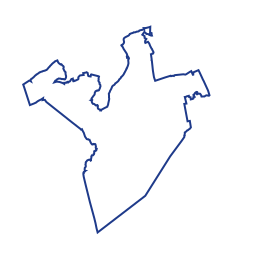 Sarichioi, Romania (Robinson projection), rotated 73°
{"feature_id": "2599482B95501245922169", "entity_name": "Sarichioi", "entity_type": "district", "adm_level": 2, "iso_a3": "ROU", "parent_name": "Romania", "parent_adm1": "", "projection": "robinson", "projection_center": [28.799, 44.916], "detail": "fine", "context": "isolated", "style": "outline", "palette": "blue", "viewbox_px": 256, "rotation_deg": 73, "n_neighbors": 0, "source": "geoboundaries", "source_scale": "gbopen_adm2", "svg_char_len": 5579}
<svg xmlns="http://www.w3.org/2000/svg" viewBox="0 0 256 256"><g transform="rotate(73 128 128)"><path d="M197.9,131.3L167.4,95.9L156.1,80.6L153.1,76.8L152.7,76.6L151.9,76.5L151.6,75.9L151.0,75.9L149.8,75.2L148.9,75.0L148.6,74.2L148.4,73.4L147.6,72.1L147.6,71.3L147.2,70.5L146.8,69.1L145.8,67.7L139.3,66.8L139.0,69.1L121.4,67.1L121.7,65.0L115.0,64.6L115.2,63.7L114.9,62.9L115.0,60.4L116.3,60.5L116.9,59.2L119.0,59.6L119.1,58.3L119.1,57.5L118.9,56.8L117.7,56.6L117.7,55.2L116.2,55.5L115.5,55.8L115.4,55.7L115.4,55.2L114.0,53.5L113.6,52.4L113.6,51.7L113.9,51.3L114.1,51.3L115.7,51.8L115.8,52.5L116.2,52.9L116.0,52.4L115.7,50.6L116.3,49.1L116.6,48.9L117.1,48.9L117.9,48.5L119.4,48.5L120.2,45.6L119.8,44.5L119.7,43.6L119.8,43.0L120.3,42.2L120.8,41.2L120.5,40.5L115.6,40.5L105.1,41.9L103.2,42.3L102.8,42.3L95.6,43.3L93.3,43.7L93.9,49.4L95.0,49.6L96.8,50.3L92.1,50.9L92.5,52.7L93.6,56.6L93.7,57.5L92.8,59.4L91.2,67.5L91.2,68.2L91.7,68.9L91.2,69.6L91.0,71.7L90.5,71.9L90.5,77.5L90.8,88.2L87.0,88.3L85.4,88.1L80.4,87.4L71.1,85.6L70.5,85.5L69.9,85.7L69.4,85.3L64.2,84.5L64.3,83.6L63.9,83.0L64.1,82.2L63.2,81.5L62.3,81.5L60.7,81.9L59.6,81.9L59.2,82.2L56.0,82.8L53.3,83.0L51.4,83.7L51.7,86.5L51.1,86.6L50.4,86.4L49.2,85.8L48.6,84.8L48.2,84.4L46.7,85.8L45.0,85.3L43.0,87.0L41.1,84.5L41.4,84.6L41.5,84.5L41.7,83.8L41.9,83.6L42.9,83.0L43.4,82.9L43.6,82.6L43.5,82.4L44.6,80.4L45.1,80.5L46.4,78.8L46.6,78.1L45.0,78.1L44.2,77.7L43.8,78.1L43.5,79.1L37.7,77.1L37.8,78.3L37.6,81.7L37.0,83.9L38.4,83.9L38.3,85.9L38.2,86.0L38.1,88.6L38.6,89.3L38.7,90.2L38.4,91.3L38.6,93.2L38.2,94.4L38.2,94.7L38.4,94.9L38.5,96.3L38.4,97.3L38.7,98.5L38.6,98.8L39.4,99.7L39.8,100.5L40.4,104.0L40.9,105.4L41.2,105.8L41.7,106.1L42.4,106.4L44.6,106.6L45.5,107.1L46.0,107.8L46.6,108.4L46.8,110.0L47.1,110.2L49.2,109.3L51.0,109.1L55.7,107.7L57.2,107.4L58.3,107.5L59.1,108.2L60.6,108.4L60.7,108.0L60.2,107.0L61.5,106.7L61.8,106.8L62.4,107.3L62.5,107.4L62.4,107.6L62.9,107.9L66.2,108.6L67.8,109.5L69.3,110.6L70.3,111.6L70.7,111.7L70.7,112.0L72.3,113.3L73.4,114.5L74.1,115.0L74.4,115.6L75.2,116.2L76.0,117.2L77.0,118.9L77.2,119.6L77.6,119.8L77.7,120.0L78.4,120.8L78.6,121.3L79.0,122.3L79.5,122.6L80.4,123.8L81.4,126.2L81.6,127.1L82.2,127.7L82.7,128.4L83.1,130.0L83.6,130.9L85.7,132.6L87.2,134.2L88.3,135.0L89.6,136.3L91.6,136.7L93.4,137.3L94.5,137.4L95.4,137.8L99.1,139.9L99.9,140.2L100.6,140.9L101.6,141.6L102.1,144.8L102.8,148.1L103.4,148.6L103.1,149.1L103.1,149.4L102.9,149.4L103.0,149.2L102.4,149.0L102.2,149.7L100.7,151.0L99.8,151.0L98.0,150.3L97.1,150.6L97.0,151.4L97.2,151.7L97.0,152.2L95.3,153.2L94.8,153.9L94.7,154.4L94.5,154.5L93.8,154.8L92.9,155.0L91.3,154.7L90.8,155.2L90.8,154.6L90.3,154.8L90.2,155.0L90.2,154.7L89.7,154.6L89.6,154.8L89.7,154.3L89.4,154.4L89.1,154.2L88.0,152.7L87.3,151.8L86.4,150.4L85.9,150.0L84.3,149.3L83.9,148.7L83.4,148.3L83.3,147.8L83.1,146.6L83.3,146.5L83.2,146.2L83.5,145.3L83.4,144.8L81.9,143.4L80.0,142.1L78.6,141.9L77.5,142.4L76.3,141.9L75.1,142.4L74.4,142.5L73.9,142.4L73.4,142.0L71.8,141.6L70.3,140.7L69.8,141.2L66.0,147.5L66.1,147.8L67.8,148.7L66.9,150.5L66.5,150.8L63.5,150.5L62.6,151.3L62.7,151.6L62.4,154.8L64.3,154.9L63.7,158.5L64.3,159.7L65.0,160.7L66.4,161.0L66.6,161.1L66.9,161.6L67.2,163.9L67.3,164.1L67.4,166.2L67.3,166.6L66.8,166.7L65.9,166.2L65.5,166.5L64.7,166.4L64.8,166.8L64.6,167.7L66.4,169.9L66.6,171.1L66.8,171.6L66.6,171.6L66.4,172.2L66.2,172.2L66.2,172.7L66.7,173.3L66.7,173.7L66.4,174.0L66.5,175.1L66.4,175.1L66.2,175.7L67.2,176.1L66.0,177.2L64.0,179.9L62.9,182.4L62.8,183.3L62.8,185.1L61.6,183.8L61.7,183.5L61.6,183.1L60.9,182.2L60.4,179.7L61.0,178.5L61.1,178.0L61.8,177.2L61.9,176.5L62.2,176.0L62.4,175.2L62.9,174.8L63.0,174.5L63.0,173.9L61.8,172.7L61.1,172.3L60.1,172.0L58.7,172.0L57.1,171.7L56.5,171.4L56.0,171.5L55.4,172.0L52.3,172.5L51.3,171.8L50.4,171.6L49.7,171.9L49.0,172.5L48.0,172.8L47.5,173.1L47.4,173.3L47.7,173.7L47.6,173.9L45.8,175.2L44.7,175.6L42.7,175.8L42.9,178.3L43.4,179.0L43.6,179.9L44.6,182.1L45.1,182.8L45.8,184.3L46.3,184.8L46.9,186.1L47.7,187.2L48.7,188.9L48.7,190.3L48.9,190.8L48.8,191.2L48.7,192.7L48.9,193.3L48.8,194.4L49.0,195.6L48.9,196.3L49.5,197.6L50.1,200.0L50.3,200.1L50.6,201.2L52.0,203.7L52.1,204.2L52.4,204.7L52.8,205.7L52.7,206.0L53.3,206.9L53.6,207.3L55.0,207.2L54.0,208.1L53.8,208.6L55.8,215.5L58.5,215.4L77.4,215.1L77.1,210.9L76.8,208.5L76.7,208.4L76.0,206.5L75.6,204.7L75.3,202.6L74.7,200.6L76.3,201.4L76.3,201.1L76.8,199.3L79.2,198.5L106.5,179.7L114.9,173.8L115.9,173.3L115.7,172.4L118.5,172.0L119.3,171.7L123.7,171.6L126.5,170.7L126.8,170.3L127.2,169.6L127.2,169.2L128.2,168.5L128.2,168.2L131.2,167.9L132.5,167.5L133.2,167.1L133.1,166.8L133.4,166.4L133.2,165.9L133.4,165.7L133.3,165.2L133.6,164.7L133.7,164.2L134.2,163.9L135.3,164.1L136.1,164.0L137.3,164.6L138.4,164.6L138.7,164.0L139.4,164.4L139.5,164.8L139.9,164.8L140.1,164.9L140.1,165.2L140.3,165.5L140.2,165.9L140.4,166.0L140.3,167.0L141.0,167.4L141.9,167.5L142.8,168.0L143.1,168.2L143.0,168.6L143.7,169.1L143.9,169.4L143.9,169.7L143.6,170.6L144.2,171.1L144.7,171.5L145.2,171.5L145.3,171.6L146.0,171.9L146.9,172.5L147.6,172.7L147.5,172.8L148.0,173.4L147.2,173.7L147.1,174.1L146.9,174.3L147.0,176.1L147.1,176.5L148.1,177.8L148.2,178.2L148.8,178.6L150.0,178.9L150.3,179.3L150.6,179.4L151.7,179.4L152.4,179.6L152.9,180.0L153.4,180.9L154.7,181.5L156.3,181.8L156.5,181.3L156.6,181.6L156.9,181.8L156.9,182.1L157.0,182.3L157.1,183.1L157.3,183.3L157.5,183.3L157.6,183.6L158.1,183.8L158.4,183.7L158.5,184.0L159.1,184.2L161.7,184.6L169.5,185.1L187.8,186.1L204.2,186.6L209.5,186.9L214.6,187.4L219.0,187.6L197.9,131.3Z" fill="none" stroke="#1e3a8a" stroke-width="2"/></g></svg>